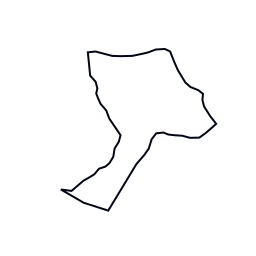 Coqueiro Seco, Alagoas, Brazil (Mercator projection), rotated 301°
{"feature_id": "56859067B38528567651193", "entity_name": "Coqueiro Seco", "entity_type": "district", "adm_level": 2, "iso_a3": "BRA", "parent_name": "Brazil", "parent_adm1": "Alagoas", "projection": "mercator", "projection_center": [-35.809, -9.641], "detail": "fine", "context": "isolated", "style": "outline", "palette": "ink", "viewbox_px": 256, "rotation_deg": 301, "n_neighbors": 0, "source": "geoboundaries", "source_scale": "gbopen_adm2", "svg_char_len": 828}
<svg xmlns="http://www.w3.org/2000/svg" viewBox="0 0 256 256"><g transform="rotate(301 128 128)"><path d="M177.0,201.4L180.6,192.1L185.6,182.2L190.3,177.4L195.9,174.7L196.6,168.7L195.3,160.3L196.6,153.6L203.3,140.9L208.1,134.1L211.9,129.1L215.3,124.6L214.7,118.8L209.5,111.3L203.5,106.6L199.4,102.5L192.0,94.5L185.8,84.7L181.7,77.4L176.8,60.7L172.2,54.6L153.4,68.6L150.9,76.5L146.2,81.3L141.2,83.0L137.7,87.5L134.6,92.0L131.8,100.4L126.5,107.0L118.0,125.3L111.5,127.2L103.5,127.1L95.8,130.2L88.5,130.2L83.3,128.5L78.1,124.1L71.1,123.0L65.0,119.9L60.0,117.0L45.0,112.0L40.7,102.1L41.1,128.5L47.0,153.6L101.6,153.8L112.9,155.8L121.0,156.4L130.4,154.1L137.9,154.9L142.3,160.6L143.2,166.0L146.0,172.1L149.3,178.4L151.5,186.2L156.5,194.1L163.7,197.2L169.5,199.1L177.0,201.4Z" fill="none" stroke="#020617" stroke-width="2"/></g></svg>